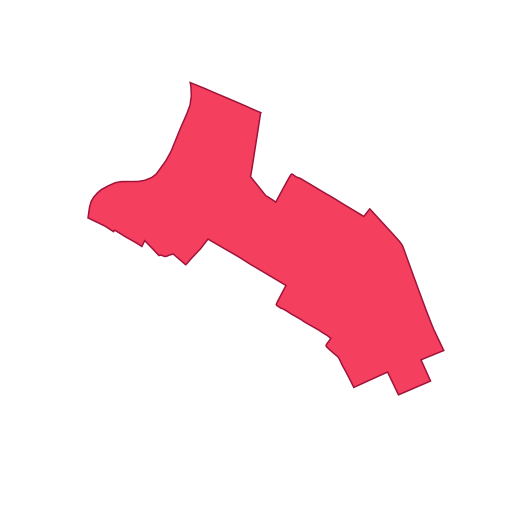 outline of Curcani, Calarasi, Romania, rotated 66°
{"feature_id": "2599482B73805615564390", "entity_name": "Curcani", "entity_type": "district", "adm_level": 2, "iso_a3": "ROU", "parent_name": "Romania", "parent_adm1": "Calarasi", "projection": "equal_earth", "projection_center": [26.604, 44.207], "detail": "fine", "context": "isolated", "style": "filled", "palette": "rose", "viewbox_px": 512, "rotation_deg": 66, "n_neighbors": 0, "source": "geoboundaries", "source_scale": "gbopen_adm2", "svg_char_len": 2114}
<svg xmlns="http://www.w3.org/2000/svg" viewBox="0 0 512 512"><g transform="rotate(66 256 256)"><path d="M152.9,394.0L160.3,387.7L167.8,381.4L175.8,376.3L175.0,374.5L185.7,367.2L189.0,364.7L195.3,360.1L198.1,358.2L200.9,356.4L196.7,351.4L208.3,347.2L216.1,344.5L216.4,342.8L216.7,342.1L218.1,340.9L219.0,339.9L219.7,338.7L219.9,337.8L219.9,335.0L220.3,332.1L220.5,330.8L235.4,323.8L234.6,321.7L232.0,316.2L229.0,309.0L226.9,303.9L224.4,299.2L221.0,293.0L227.4,288.4L245.7,275.1L249.6,272.3L262.2,263.9L270.0,258.3L295.1,240.6L306.4,254.9L308.3,257.0L308.5,257.2L309.5,257.2L314.1,254.3L315.1,253.0L318.5,250.5L321.3,248.7L323.9,247.0L324.8,246.3L332.8,240.4L334.2,239.7L337.0,237.8L342.3,233.9L348.5,229.3L354.1,225.7L357.5,223.3L361.7,221.1L364.6,226.2L365.5,227.6L365.9,228.1L366.6,228.5L367.2,228.5L367.7,228.4L370.4,227.4L375.8,224.9L381.2,222.3L381.9,222.0L382.7,221.9L386.8,221.7L391.6,221.6L397.9,221.0L406.8,220.5L415.8,220.1L415.6,194.5L415.5,183.0L440.8,182.3L441.2,147.4L418.0,147.5L418.1,141.5L418.4,132.2L418.7,122.9L407.0,123.2L395.3,123.5L389.1,123.3L376.0,122.7L350.7,121.1L321.0,119.0L307.5,118.0L305.3,118.1L303.0,118.5L300.6,119.1L293.5,121.4L284.5,124.4L259.2,132.9L263.7,141.4L245.3,154.3L239.6,158.2L234.9,161.4L230.3,164.6L229.3,165.5L211.8,177.8L211.4,178.1L210.2,179.0L207.2,181.1L203.7,183.5L201.9,185.1L201.2,186.1L200.0,187.1L198.5,188.1L196.7,189.1L195.7,189.9L195.7,190.3L195.9,191.0L198.0,194.1L207.4,206.4L214.8,216.0L208.0,220.3L206.3,221.4L205.4,222.4L181.3,228.7L175.2,224.6L139.5,201.5L127.0,193.5L127.0,193.4L126.7,193.6L125.6,194.6L124.2,196.0L122.8,197.2L119.1,200.6L117.1,202.4L114.7,204.5L109.6,209.2L107.3,211.3L104.2,214.2L101.8,216.4L91.9,225.7L86.9,230.3L82.4,234.4L80.9,235.8L77.1,239.5L70.8,245.6L72.6,246.0L75.0,246.6L83.7,250.1L87.4,252.5L91.2,254.8L97.5,260.9L108.9,273.4L118.9,283.8L125.9,291.1L132.4,299.7L136.8,307.3L140.6,313.9L141.9,319.5L141.6,327.1L139.9,333.6L133.3,348.6L131.8,354.6L131.8,362.9L132.4,370.3L133.9,375.3L136.3,380.4L139.2,384.5L143.8,388.3L145.7,389.5L147.3,390.5L152.9,394.0Z" fill="#f43f5e" stroke="#9f1239" stroke-width="1.5"/></g></svg>